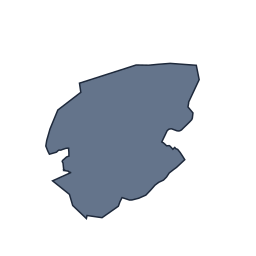 outline of Osogbo, Osun, Nigeria, rotated 144°
{"feature_id": "59680162B73238408569532", "entity_name": "Osogbo", "entity_type": "district", "adm_level": 2, "iso_a3": "NGA", "parent_name": "Nigeria", "parent_adm1": "Osun", "projection": "mercator", "projection_center": [4.558, 7.753], "detail": "fine", "context": "isolated", "style": "filled", "palette": "slate", "viewbox_px": 256, "rotation_deg": 144, "n_neighbors": 0, "source": "geoboundaries", "source_scale": "gbopen_adm2", "svg_char_len": 1337}
<svg xmlns="http://www.w3.org/2000/svg" viewBox="0 0 256 256"><g transform="rotate(144 128 128)"><path d="M214.9,79.2L212.6,81.3L201.7,70.7L181.8,70.4L177.8,73.1L173.7,75.2L169.1,68.8L167.0,67.4L160.7,64.9L153.0,63.2L145.9,64.5L139.8,65.9L135.1,66.0L129.9,65.0L125.6,65.7L121.1,67.4L115.3,67.6L111.9,67.6L100.7,69.0L100.4,73.3L100.2,77.6L100.4,81.5L101.5,83.2L101.6,84.8L102.7,84.7L104.2,84.4L104.4,86.6L104.7,88.7L105.0,89.5L107.2,90.9L107.6,92.9L107.7,93.7L107.9,94.1L108.0,95.1L108.8,96.5L108.8,96.9L97.9,102.8L95.7,103.0L94.1,102.3L93.2,101.7L90.0,96.9L88.5,95.6L87.3,95.2L85.9,95.0L83.4,95.4L74.5,96.7L71.5,97.3L70.1,98.2L69.0,99.4L66.6,102.0L67.1,109.8L64.1,112.7L63.9,113.2L42.0,125.3L35.9,138.6L55.9,155.5L66.3,161.9L74.3,166.6L84.4,174.2L114.2,184.0L140.9,192.8L145.2,184.6L174.2,183.8L191.6,173.1L201.1,165.7L205.1,161.7L206.0,158.2L206.5,156.1L207.0,153.0L201.0,150.8L200.0,150.5L197.7,150.8L196.8,150.7L195.4,149.6L193.8,149.2L190.6,148.2L189.0,147.4L187.9,146.5L188.5,145.8L190.1,143.1L192.3,140.0L194.8,140.7L198.5,140.3L200.1,140.2L201.0,139.5L201.1,138.2L201.6,137.0L201.8,136.8L202.2,136.1L204.2,132.6L204.6,132.3L204.1,131.6L204.9,131.3L203.0,129.5L201.8,128.3L201.7,127.4L201.1,126.5L200.6,125.8L200.7,125.6L220.1,129.6L214.4,108.7L218.3,97.8L214.9,79.2Z" fill="#64748b" stroke="#1e293b" stroke-width="1.5"/></g></svg>